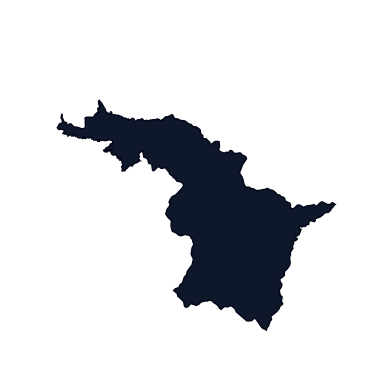 Tadó, Chocó, Colombia (Albers equal-area conic projection), rotated 43°
{"feature_id": "7082276B86904559809659", "entity_name": "Tadó", "entity_type": "district", "adm_level": 2, "iso_a3": "COL", "parent_name": "Colombia", "parent_adm1": "Chocó", "projection": "albers", "projection_center": [-76.438, 5.267], "detail": "fine", "context": "isolated", "style": "filled", "palette": "ink", "viewbox_px": 384, "rotation_deg": 43, "n_neighbors": 0, "source": "geoboundaries", "source_scale": "gbopen_adm2", "svg_char_len": 6046}
<svg xmlns="http://www.w3.org/2000/svg" viewBox="0 0 384 384"><g transform="rotate(43 192 192)"><path d="M305.2,103.5L302.0,104.0L301.3,107.2L300.1,108.6L293.8,110.5L293.1,112.5L293.0,116.4L292.6,117.4L292.3,117.8L289.7,118.2L288.5,120.3L285.5,123.9L284.0,127.3L280.1,128.0L278.2,129.4L277.7,134.8L276.4,136.4L274.4,136.0L272.1,133.8L271.0,133.5L267.0,134.9L265.8,134.8L264.3,133.6L262.6,133.4L260.2,134.7L258.2,134.4L256.2,135.9L253.7,135.4L250.3,135.7L248.4,136.9L244.7,138.0L243.7,140.1L239.1,146.3L236.5,147.7L235.4,147.6L232.4,149.2L230.0,149.8L228.7,151.2L227.5,151.8L224.5,150.8L221.0,148.3L217.9,146.8L213.7,145.7L210.3,137.5L209.2,130.6L207.9,129.7L205.5,129.9L203.5,130.8L201.2,130.4L200.2,131.0L197.7,134.1L196.5,135.0L193.2,134.7L192.3,135.0L191.5,136.4L192.0,137.4L191.9,138.5L190.4,139.1L189.0,141.8L184.9,143.3L183.7,143.4L182.3,142.6L181.0,139.9L177.5,136.8L175.9,137.8L174.4,139.5L173.7,143.2L173.2,144.4L172.6,144.7L170.7,143.5L168.0,143.7L166.6,143.4L166.1,143.4L164.6,144.8L163.2,145.4L161.6,143.6L160.2,143.3L158.7,143.6L155.7,141.1L154.5,141.0L150.9,141.4L148.4,143.4L145.6,143.3L142.7,144.5L138.4,144.9L135.7,146.9L133.2,148.1L131.9,148.2L130.9,148.9L130.6,149.6L128.8,150.2L125.3,148.9L124.2,149.7L124.1,150.9L123.3,152.8L122.7,154.0L121.6,154.8L121.3,157.3L122.5,158.0L120.8,159.0L121.0,160.7L120.5,161.4L119.0,161.3L116.9,162.1L116.5,163.7L115.8,163.8L115.3,165.1L114.3,165.5L113.3,167.3L112.5,167.6L112.2,169.3L110.1,170.4L108.5,172.6L105.5,172.5L104.6,174.9L103.6,175.5L102.8,177.0L102.0,179.8L100.5,179.0L100.2,178.2L98.1,178.8L98.3,180.2L97.5,180.8L96.8,182.5L95.7,182.0L94.7,183.0L92.6,183.6L91.5,184.9L90.0,184.6L85.7,186.3L83.6,188.0L82.6,188.2L82.5,188.8L81.7,189.3L79.9,189.6L79.0,188.7L78.1,188.6L77.8,189.0L78.7,190.1L78.7,190.8L76.2,191.9L73.8,192.0L72.5,190.9L65.9,188.9L61.7,188.3L61.7,189.4L62.8,189.9L63.4,191.1L65.9,192.2L66.8,194.4L66.1,195.1L68.3,197.0L69.6,197.1L69.5,197.8L68.8,198.0L68.5,198.9L69.1,199.8L68.3,200.4L68.3,202.2L69.0,203.2L68.7,204.9L64.3,208.8L63.4,210.3L63.5,210.8L69.7,217.0L70.0,218.4L68.7,220.8L64.6,222.5L61.1,225.0L56.9,224.8L56.1,225.8L55.6,227.4L54.5,228.4L53.0,226.9L52.6,226.9L51.3,228.1L49.0,227.4L47.5,226.5L46.2,226.5L45.3,224.9L43.5,223.5L45.7,227.0L48.4,228.1L50.0,229.8L49.6,231.0L48.9,231.8L48.7,233.4L49.5,234.2L49.3,235.0L49.6,236.7L50.4,237.1L52.2,236.9L53.9,234.8L56.6,234.0L57.4,234.7L57.7,237.1L59.6,236.2L60.5,235.1L61.4,235.4L62.8,234.7L63.2,235.3L63.6,233.8L64.9,232.5L65.1,231.8L65.8,232.8L66.0,232.4L67.1,232.1L67.1,231.4L68.2,230.3L68.9,230.6L69.8,229.4L70.4,230.1L71.3,230.0L73.2,229.0L74.4,227.2L75.5,227.5L75.7,225.9L76.4,226.2L77.3,225.8L77.8,224.9L77.7,223.7L79.6,222.9L80.6,221.6L80.8,220.3L82.9,221.5L83.8,220.4L84.8,221.0L87.5,218.2L87.7,218.8L88.5,219.2L88.7,218.7L89.7,218.1L89.0,216.8L89.9,216.7L91.3,215.0L93.6,213.5L96.4,209.5L97.2,209.5L98.6,208.7L101.0,210.4L99.6,212.3L100.4,215.0L100.0,215.9L100.0,217.5L99.0,218.1L100.0,220.2L99.4,220.4L98.9,221.6L99.1,222.0L100.8,222.0L102.6,220.5L102.8,220.1L102.3,219.5L102.8,219.0L102.7,218.1L104.3,218.0L103.8,217.1L104.4,217.0L104.8,215.9L105.5,216.8L106.7,217.2L106.7,217.7L105.9,218.3L107.2,219.0L109.5,218.6L110.2,216.5L111.8,217.1L112.5,216.8L113.0,216.0L113.5,216.3L113.5,217.5L114.0,217.9L114.5,217.1L115.4,217.7L115.6,216.5L116.0,217.1L116.4,216.7L116.9,217.3L117.0,216.9L117.7,217.6L118.0,217.0L119.8,217.1L120.7,218.2L122.3,218.7L123.5,220.1L123.2,220.9L123.5,221.6L125.5,222.5L126.1,224.0L126.6,224.2L128.4,222.2L127.9,220.6L128.4,218.3L128.0,217.1L128.4,216.3L128.2,215.6L129.3,214.1L130.5,213.8L130.0,213.1L130.5,211.8L129.8,210.8L131.2,209.1L131.3,208.1L132.0,207.4L131.4,206.5L132.7,204.7L131.6,205.0L131.4,204.3L129.7,204.0L129.4,203.6L129.6,202.2L127.3,200.7L126.8,199.3L127.3,196.5L128.3,196.2L129.7,196.7L133.0,199.3L135.1,198.3L137.7,198.3L139.7,199.9L141.3,200.4L142.8,199.1L143.6,199.1L148.3,202.9L149.2,202.9L149.7,201.4L149.7,198.0L150.2,196.1L153.0,195.8L154.2,195.0L154.8,193.5L156.0,192.5L161.8,193.1L163.4,194.1L167.3,193.6L168.6,194.2L169.7,193.6L170.8,193.8L171.3,193.5L172.3,194.1L173.6,194.3L176.5,192.4L178.6,191.9L181.4,192.6L182.2,196.0L182.2,203.7L182.0,205.7L180.7,208.7L181.0,211.6L182.1,215.0L184.2,215.8L185.1,217.2L185.7,221.8L187.9,226.0L191.9,226.9L196.4,226.9L199.6,230.9L203.9,233.9L204.8,234.0L207.7,232.9L212.4,232.4L214.1,231.0L216.2,227.3L217.2,227.0L219.2,225.6L221.5,225.4L222.5,226.2L224.8,226.4L227.2,228.1L228.8,228.8L229.4,229.8L230.2,232.8L233.6,237.7L235.1,238.7L237.7,239.5L239.1,240.5L241.7,245.1L242.7,253.0L244.5,256.3L244.5,259.1L245.0,260.9L247.0,264.6L246.5,267.9L247.3,269.3L247.3,271.6L245.8,274.2L245.9,276.6L250.6,276.2L252.5,277.8L259.9,277.7L261.5,278.4L264.3,280.5L266.1,280.5L267.0,279.1L267.3,277.9L267.1,274.6L271.1,272.4L272.2,272.3L273.5,269.5L273.5,267.2L274.0,265.6L275.9,262.7L277.7,261.1L278.1,259.4L280.5,258.0L284.4,257.9L286.1,257.4L288.9,257.4L291.1,258.0L293.2,258.1L293.6,254.1L294.7,252.8L296.3,251.9L297.7,248.8L299.3,248.2L303.0,248.0L306.2,249.4L319.9,248.8L321.2,247.8L323.3,245.3L323.6,242.0L324.1,241.3L326.3,241.4L335.1,243.4L337.3,243.3L338.8,242.5L340.5,242.4L339.4,240.1L339.3,237.8L337.1,233.1L337.2,231.4L336.9,230.8L334.7,229.6L334.5,228.8L335.5,221.5L335.3,218.2L334.2,215.3L334.7,212.4L334.5,211.9L332.0,211.1L329.5,207.4L326.3,207.0L322.7,204.3L322.1,200.5L320.7,198.2L317.8,197.6L315.8,196.2L315.6,194.9L316.3,192.2L316.3,190.0L313.8,187.1L314.0,183.3L313.5,179.3L312.1,177.0L310.8,175.7L309.5,175.0L307.1,171.9L306.6,170.4L305.5,169.8L304.7,167.7L304.2,164.4L302.6,163.4L301.6,161.9L301.7,160.7L300.9,159.9L299.2,159.4L299.2,159.0L300.1,158.3L300.9,156.9L301.1,154.7L300.6,154.4L298.9,154.7L298.0,153.9L298.9,152.1L299.2,149.9L297.4,145.2L296.9,145.0L296.1,145.9L295.7,145.9L293.2,143.1L296.2,142.8L296.7,141.2L298.2,140.1L298.4,137.3L299.4,136.2L297.9,134.1L297.5,132.9L298.7,131.8L301.8,130.1L301.6,129.1L300.4,127.1L302.7,122.8L303.3,118.9L303.1,117.0L305.6,113.6L305.8,110.7L305.2,109.5L305.3,106.4L304.8,104.7L305.2,103.5Z" fill="#0f172a" stroke="#020617" stroke-width="1.5"/></g></svg>